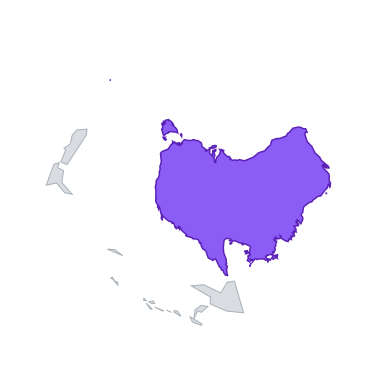 location of Australia within Oceania, rotated 164°
{"feature_id": "AUS", "entity_name": "Australia", "entity_type": "country or territory", "adm_level": 0, "iso_a3": "AUS", "parent_name": "Oceania", "parent_adm1": "", "projection": "robinson", "projection_center": [137.073, -32.4], "detail": "fine", "context": "in_parent", "style": "filled", "palette": "violet", "viewbox_px": 384, "rotation_deg": 164, "n_neighbors": 5, "source": "natural_earth", "source_scale": "50m", "svg_char_len": 7343}
<svg xmlns="http://www.w3.org/2000/svg" viewBox="0 0 384 384"><g transform="rotate(164 192 192)"><path d="M175.7,61.7L191.7,68.1L205.3,79.3L203.2,85.9L218.6,102.0L206.3,99.7L192.3,87.1L182.9,95.6L175.8,94.6L175.7,61.7ZM227.5,67.0L228.3,72.6L218.7,62.4L220.0,61.2L227.5,67.0ZM221.5,78.0L214.4,80.4L208.3,77.6L216.4,73.8L219.3,76.1L225.3,69.5L221.5,78.0ZM236.9,75.5L242.5,81.6L241.8,83.0L238.7,81.6L236.9,75.5Z" fill="#d9dde1" stroke="#a8b0b8" stroke-width="1"/><path d="M291.0,128.8L293.7,131.7L292.2,132.3L291.0,128.8ZM291.3,128.0L288.7,126.2L288.7,122.4L291.3,128.0Z" fill="#d9dde1" stroke="#a8b0b8" stroke-width="1"/><path d="M276.2,150.0L289.2,160.4L282.2,158.0L276.2,150.0Z" fill="#d9dde1" stroke="#a8b0b8" stroke-width="1"/><path d="M268.4,101.3L267.4,103.2L265.8,100.1L268.4,101.3ZM264.1,90.6L266.7,97.9L262.6,90.6L264.1,90.6ZM263.7,98.4L259.3,98.0L258.7,95.2L261.6,96.0L263.7,98.4ZM252.8,85.5L259.7,91.7L252.2,86.0L252.8,85.5ZM247.4,84.0L249.2,85.7L244.8,81.9L247.4,84.0Z" fill="#d9dde1" stroke="#a8b0b8" stroke-width="1"/><path d="M330.3,238.7L317.0,256.8L311.5,256.7L314.6,252.6L309.5,247.9L314.6,237.2L307.9,222.8L314.6,226.5L319.7,238.0L330.3,238.7ZM277.9,275.8L304.6,252.8L309.8,257.1L301.9,267.1L303.0,269.5L296.1,271.5L291.4,279.7L285.7,283.4L275.6,281.3L277.9,275.8Z" fill="#d9dde1" stroke="#a8b0b8" stroke-width="1"/><path d="M185.3,108.9L184.9,110.7L186.2,112.4L187.7,121.0L188.6,121.6L190.9,120.4L191.7,121.7L194.5,124.0L195.0,131.4L196.4,133.7L197.1,133.9L198.0,137.6L197.6,140.8L198.9,142.2L199.0,144.3L202.3,146.4L203.6,146.4L204.9,148.3L209.4,151.0L209.9,151.9L209.0,152.4L212.3,157.5L213.3,161.8L213.8,161.6L214.4,162.4L214.7,160.4L216.9,162.4L217.3,161.4L217.9,162.5L218.1,166.9L219.4,168.6L222.3,170.3L226.8,176.9L226.8,178.2L227.8,179.6L227.4,185.8L229.2,191.1L229.3,193.3L226.4,202.8L225.8,207.2L224.0,210.3L223.5,212.3L222.2,213.9L220.6,214.6L218.3,218.0L218.2,219.8L216.3,222.7L215.9,225.2L213.2,229.4L211.6,237.9L209.7,239.1L203.0,239.9L198.7,243.6L196.0,243.9L196.5,244.8L197.0,244.5L196.7,246.0L195.7,244.6L194.8,244.8L194.3,243.6L192.6,243.0L193.3,242.2L193.0,241.5L192.3,241.5L190.8,242.8L189.9,242.0L190.7,242.0L191.6,240.7L190.6,239.8L188.6,241.0L189.7,241.3L184.9,244.4L180.5,242.2L177.5,241.6L176.2,242.1L174.5,240.7L172.0,239.7L169.5,236.5L169.8,233.5L169.3,232.1L166.2,228.1L167.5,228.3L167.5,227.1L164.3,228.4L162.9,228.3L164.3,225.3L164.2,224.0L162.5,221.0L160.8,225.9L157.4,226.4L158.0,224.8L159.6,224.7L160.0,220.9L161.8,218.0L161.5,216.1L162.1,215.6L161.2,213.0L161.3,214.2L158.9,218.3L155.5,220.3L153.2,223.5L153.6,225.1L152.8,224.5L152.2,224.9L150.0,223.1L150.4,222.6L151.4,223.1L150.4,219.9L148.3,216.4L146.5,215.9L145.6,213.8L146.2,213.7L146.2,212.8L143.8,211.1L141.8,211.0L139.9,209.8L137.6,210.1L133.0,207.5L123.7,208.5L116.8,211.4L110.9,211.5L106.1,214.5L103.9,215.2L101.0,219.7L95.3,220.1L94.9,219.5L92.1,219.3L85.6,220.0L84.0,222.0L81.7,222.6L77.5,225.5L71.8,225.1L69.6,224.1L67.7,222.3L65.3,221.4L64.9,217.7L66.5,218.3L67.7,216.1L67.3,208.5L64.3,202.8L62.9,195.6L59.7,190.3L58.9,186.6L54.9,180.7L55.6,181.0L55.7,180.2L56.8,182.6L57.9,182.3L57.9,181.4L55.7,178.3L55.9,177.7L57.1,178.9L57.3,180.4L57.8,179.8L58.5,181.4L58.9,181.8L59.4,181.2L59.3,179.0L55.5,171.9L55.7,169.0L56.8,166.7L56.9,164.2L56.3,162.8L57.7,159.0L58.1,158.7L58.3,162.0L59.3,161.3L60.7,158.7L63.9,157.0L69.2,152.8L72.2,153.1L78.1,150.8L79.6,149.5L81.7,149.7L87.8,147.5L89.3,146.1L91.3,141.8L93.6,140.0L92.6,137.1L93.1,135.0L96.1,131.5L98.8,137.0L98.9,134.5L100.0,135.0L100.2,133.9L98.4,131.8L99.0,131.4L98.9,130.4L99.4,130.3L100.0,131.2L100.8,130.6L104.1,131.3L102.4,130.8L103.5,128.7L102.8,129.2L102.3,128.1L102.5,126.8L103.1,126.8L103.6,125.6L105.3,126.5L105.3,125.8L104.6,125.8L104.3,125.1L105.1,124.3L106.5,124.9L105.7,122.8L107.5,121.7L107.7,120.5L107.8,121.9L108.5,121.6L108.9,122.3L109.4,121.7L109.5,119.1L110.5,120.0L111.1,119.3L111.8,120.0L113.3,117.9L115.7,119.4L119.1,123.0L118.5,125.9L118.9,125.4L119.3,125.8L119.0,124.5L120.7,123.1L122.9,123.7L123.6,125.1L123.8,123.6L125.4,125.0L125.4,123.5L126.3,123.4L125.3,122.5L125.7,122.0L124.2,121.2L125.7,119.1L126.3,117.1L128.1,115.7L127.7,114.0L128.7,112.6L129.7,112.4L129.7,111.3L130.8,111.9L130.8,111.0L132.6,109.5L133.3,110.5L136.9,110.1L137.6,110.6L138.0,109.8L138.9,109.7L138.7,107.4L135.0,105.6L135.6,105.0L136.4,105.7L137.2,105.2L138.8,106.6L140.0,106.1L141.0,107.6L146.5,109.4L147.9,109.0L149.2,110.1L150.0,110.2L153.1,108.2L152.2,110.2L153.5,110.1L153.8,111.3L154.6,111.3L154.7,109.8L155.9,108.9L157.7,110.9L155.9,113.1L156.1,114.2L155.5,115.3L154.8,114.9L153.2,115.7L153.3,118.9L150.9,123.0L151.1,123.9L154.8,127.1L156.6,127.7L157.0,128.8L157.9,128.7L161.0,130.5L163.4,132.9L166.7,133.8L167.8,136.0L171.2,137.9L173.3,137.5L174.7,136.4L177.3,129.7L178.3,124.5L177.7,118.2L178.4,115.5L178.3,113.9L179.7,112.9L178.6,111.6L178.6,110.9L179.5,109.0L179.9,109.4L180.8,103.8L182.1,102.6L182.7,102.8L182.5,103.4L183.5,104.7L183.9,108.2L185.3,108.9ZM189.5,253.7L191.8,254.2L196.0,256.1L197.6,255.7L198.1,256.2L198.7,255.3L200.6,255.3L202.8,254.2L203.8,254.6L203.9,261.4L203.5,260.2L202.6,261.6L202.1,263.6L202.2,266.1L201.4,266.4L200.9,265.4L201.6,264.9L200.7,264.5L200.1,265.5L199.6,264.2L199.3,266.4L198.3,266.1L198.6,266.7L197.7,268.3L194.3,268.0L194.2,267.2L195.1,266.9L193.7,266.8L192.2,264.9L191.2,261.5L192.2,262.8L192.5,262.1L191.7,261.0L191.3,261.3L191.4,260.4L189.6,257.3L189.2,255.2L189.5,253.7ZM129.6,106.0L132.5,105.0L133.7,106.3L131.1,108.8L129.2,107.2L128.6,105.1L129.6,106.0ZM160.4,228.9L161.8,228.8L162.6,229.5L160.7,229.7L159.8,230.6L156.9,230.4L156.0,229.7L156.4,228.9L159.3,228.2L160.4,228.3L160.4,228.9ZM156.6,118.2L157.4,118.1L156.8,119.6L157.7,120.1L157.4,120.7L155.0,120.3L155.4,118.5L156.4,117.6L156.6,118.2ZM227.5,178.5L227.1,177.5L227.4,175.7L228.3,174.8L227.9,173.8L228.4,173.4L228.8,175.0L227.5,178.5ZM203.2,249.1L204.3,250.3L204.4,251.2L203.5,251.6L202.2,249.7L203.2,249.1ZM128.2,105.8L129.6,108.2L127.1,108.1L128.2,105.8ZM186.4,250.9L186.0,249.8L186.7,248.2L187.3,250.1L186.4,250.9ZM169.8,131.9L168.6,132.6L167.4,133.1L168.0,131.7L169.3,131.3L169.8,131.9ZM54.9,180.0L53.9,178.7L53.7,177.4L53.9,177.3L54.9,180.0ZM204.4,251.9L204.9,252.5L204.6,252.8L203.1,252.2L204.4,251.9ZM218.9,167.3L219.8,167.3L219.8,168.5L218.9,167.3ZM198.6,140.6L198.9,141.4L198.7,141.8L197.8,140.7L198.6,140.6ZM199.4,266.7L199.5,267.8L198.7,267.4L199.4,266.7ZM229.2,187.0L228.7,188.4L228.7,186.9L229.2,187.0ZM138.4,105.6L137.9,104.3L138.3,103.9L138.5,104.9L138.4,105.6ZM156.8,105.1L155.8,106.3L156.9,104.1L156.8,105.1ZM228.8,186.4L228.5,185.5L228.8,185.0L228.8,186.4ZM158.3,128.2L157.6,127.9L157.9,127.3L158.2,127.6L158.3,128.2ZM154.7,118.2L154.0,118.3L154.4,117.5L154.7,118.2ZM63.6,152.9L63.4,153.9L63.1,153.8L63.6,152.9ZM181.3,102.6L180.9,102.9L180.6,102.3L180.9,102.0L181.3,102.6ZM193.0,242.1L192.4,242.4L192.2,242.2L192.3,241.9L193.0,242.1ZM239.9,322.0L239.4,322.8L240.0,321.5L239.9,322.0ZM155.6,106.7L154.3,107.5L155.6,106.4L155.6,106.7ZM105.8,121.6L105.3,122.2L105.6,121.5L105.8,121.6ZM200.0,266.5L199.5,266.1L199.7,265.7L199.9,265.9L200.0,266.5ZM169.2,134.8L168.5,134.8L168.9,134.3L169.2,134.8ZM103.2,126.1L102.9,126.4L102.9,125.6L103.2,126.1ZM191.9,242.6L192.5,243.1L191.5,242.9L191.9,242.6ZM214.3,160.3L214.0,160.3L214.2,159.8L214.3,160.3ZM189.8,252.9L189.6,253.3L189.5,252.7L189.8,252.9Z" fill="#8b5cf6" stroke="#5b21b6" stroke-width="1.5"/></g></svg>